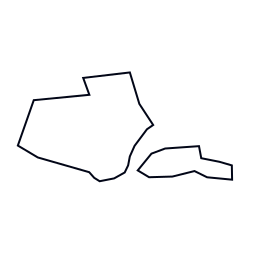 the border of Liepāja, rotated 275°
{"feature_id": "LVA-4848", "entity_name": "Liepāja", "entity_type": "Republican City", "adm_level": 1, "iso_a3": "LVA", "parent_name": "Latvia", "parent_adm1": "", "projection": "robinson", "projection_center": [21.027, 56.53], "detail": "fine", "context": "isolated", "style": "outline", "palette": "ink", "viewbox_px": 256, "rotation_deg": 275, "n_neighbors": 0, "source": "natural_earth", "source_scale": "10m", "svg_char_len": 516}
<svg xmlns="http://www.w3.org/2000/svg" viewBox="0 0 256 256"><g transform="rotate(275 128 128)"><path d="M133.2,152.8L128.4,147.0L110.8,136.1L99.8,132.3L90.8,131.4L83.4,128.6L76.6,118.6L72.5,104.4L75.4,98.7L80.6,93.2L90.8,40.7L100.9,19.8L147.5,31.7L157.7,86.6L174.0,79.0L183.5,125.0L153.0,137.2L133.2,152.8ZM85.6,236.2L85.8,211.1L90.9,198.0L83.5,176.5L80.8,153.3L86.6,141.4L104.5,153.6L110.8,166.8L116.1,200.3L104.3,203.6L102.3,222.0L99.8,234.7L85.6,236.2Z" fill="none" stroke="#020617" stroke-width="2"/></g></svg>